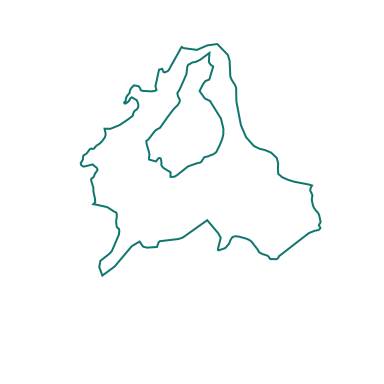 an SVG outline of Sankt Gallen, rotated 315°
{"feature_id": "CHE-167", "entity_name": "Sankt Gallen", "entity_type": "Canton", "adm_level": 1, "iso_a3": "CHE", "parent_name": "Switzerland", "parent_adm1": "", "projection": "natural_earth1", "projection_center": [9.275, 47.209], "detail": "fine", "context": "isolated", "style": "outline", "palette": "teal", "viewbox_px": 384, "rotation_deg": 315, "n_neighbors": 0, "source": "natural_earth", "source_scale": "10m", "svg_char_len": 3505}
<svg xmlns="http://www.w3.org/2000/svg" viewBox="0 0 384 384"><g transform="rotate(315 192 192)"><path d="M287.2,82.1L287.8,84.3L296.0,95.0L306.4,99.1L314.5,105.2L314.3,120.3L311.5,125.7L300.7,137.5L299.4,140.7L298.0,147.0L296.9,149.5L287.4,159.4L278.4,172.6L273.8,179.4L271.7,184.7L269.0,191.4L268.7,196.1L268.3,203.4L270.4,209.3L271.3,210.7L273.5,214.5L275.8,220.2L276.0,227.8L273.3,232.5L269.1,236.4L265.8,240.2L266.1,243.5L266.1,244.9L268.3,250.9L271.4,256.8L280.0,269.5L281.5,272.3L279.4,272.8L277.8,273.6L276.4,274.9L275.4,278.2L274.6,279.7L272.0,281.5L270.6,283.0L268.7,286.0L267.2,288.8L266.4,293.0L266.5,294.7L266.2,296.6L265.4,298.5L261.7,304.2L258.2,305.2L257.4,308.1L256.5,308.5L254.5,308.3L251.4,306.2L245.6,303.7L208.0,298.9L206.8,299.5L205.3,299.5L204.3,299.3L199.9,294.7L200.5,291.4L200.2,290.0L198.0,285.8L197.0,282.6L196.9,281.3L197.5,280.2L197.7,279.3L199.0,269.0L198.6,266.5L197.4,263.4L193.7,256.8L191.4,254.0L189.1,252.6L187.1,252.7L185.0,253.3L181.8,254.7L176.6,255.2L174.8,254.7L169.6,252.1L169.4,251.4L170.1,250.6L179.9,244.7L181.4,239.7L182.8,222.7L153.3,217.7L149.1,215.6L134.4,204.0L132.8,204.0L128.3,206.1L120.8,199.5L119.0,196.5L118.9,195.6L119.2,193.4L119.9,190.0L111.2,187.7L84.8,190.0L69.5,187.7L73.4,179.4L78.6,175.9L90.1,177.3L93.8,177.0L110.3,170.4L112.9,168.3L114.2,166.6L114.0,163.7L115.6,161.5L117.6,159.1L121.2,156.4L123.0,154.6L123.9,153.2L123.0,150.4L121.4,142.8L114.8,132.4L113.6,130.9L116.4,130.7L118.7,128.1L122.6,122.0L125.3,119.2L128.5,113.1L129.5,111.8L130.8,111.4L131.8,111.8L132.8,111.8L133.9,111.6L135.2,110.9L136.5,110.4L138.1,110.1L140.0,109.9L141.0,109.3L141.5,108.4L141.7,107.2L141.3,103.6L141.3,102.3L133.5,97.6L132.9,96.4L132.7,94.6L133.6,93.0L135.3,92.5L136.8,92.2L138.0,91.8L140.3,89.7L141.3,89.4L143.5,90.1L145.2,90.2L150.0,89.5L150.9,89.7L151.7,90.3L152.2,91.2L152.9,91.8L153.7,92.0L156.2,91.7L157.3,91.7L160.8,92.5L164.3,92.5L168.9,91.8L171.1,90.7L172.4,89.4L174.9,85.4L179.1,89.7L188.2,93.5L199.1,95.6L204.1,96.2L205.2,95.4L207.7,94.2L209.3,94.1L211.7,94.6L213.6,94.0L215.1,93.1L216.2,91.7L216.8,90.6L217.8,87.9L216.4,82.5L215.5,82.3L214.3,82.3L212.8,82.8L211.1,83.1L208.1,82.7L207.1,82.1L207.0,81.2L207.5,80.8L208.0,80.6L208.6,80.9L209.1,80.9L209.8,80.5L210.7,79.6L211.8,78.9L213.5,78.3L215.1,78.0L217.4,77.9L218.2,77.6L219.6,76.5L220.9,76.0L222.3,75.6L226.3,75.5L228.9,79.1L228.9,80.5L228.7,81.9L227.8,83.8L228.5,85.5L234.7,92.4L237.2,94.2L239.0,94.8L240.9,91.4L255.2,82.2L258.0,83.8L256.7,87.1L257.0,87.5L257.3,88.1L260.1,89.3L261.1,89.4L262.5,89.2L265.0,88.4L287.2,82.1L287.2,82.1ZM269.1,140.3L267.2,135.0L268.7,126.0L276.3,123.5L279.8,123.0L283.8,124.7L295.7,118.3L295.2,115.1L295.7,112.4L296.3,111.6L302.7,106.0L291.3,104.3L287.0,102.8L286.1,102.3L284.2,100.9L283.4,100.5L281.0,100.0L280.4,99.8L279.8,99.4L278.7,99.5L277.1,100.2L271.3,104.8L257.3,110.2L254.9,111.0L251.6,111.7L250.1,113.8L249.2,116.0L248.8,117.9L247.1,119.5L243.7,120.4L237.6,120.4L227.5,121.8L214.9,124.0L210.3,122.7L208.3,122.7L198.3,124.0L195.8,123.6L194.8,124.7L193.4,126.8L190.6,132.0L188.5,135.3L185.0,138.1L184.6,138.8L188.2,145.0L191.0,144.5L192.2,144.5L193.2,145.0L193.5,146.2L192.3,148.2L191.4,149.4L189.5,151.1L189.0,152.5L188.8,154.8L190.8,162.8L187.5,166.1L189.6,168.2L190.8,168.9L193.3,169.5L207.3,171.1L215.9,175.2L218.8,177.1L219.6,177.1L220.6,177.1L225.3,176.1L229.0,178.4L231.4,179.2L233.4,180.3L235.8,180.8L237.6,180.9L245.5,178.2L251.0,175.8L255.0,173.3L258.9,169.5L264.4,160.6L269.1,140.3Z" fill="none" stroke="#0f766e" stroke-width="2"/></g></svg>